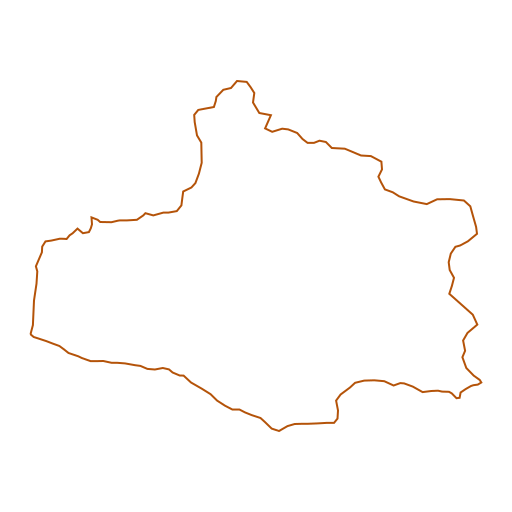 the district of Pissouri, Limassol, Cyprus
{"feature_id": "46923920B91138385914962", "entity_name": "Pissouri", "entity_type": "district", "adm_level": 2, "iso_a3": "CYP", "parent_name": "Cyprus", "parent_adm1": "Limassol", "projection": "natural_earth1", "projection_center": [32.701, 34.673], "detail": "fine", "context": "isolated", "style": "outline", "palette": "amber", "viewbox_px": 512, "rotation_deg": 0, "n_neighbors": 0, "source": "geoboundaries", "source_scale": "gbopen_adm2", "svg_char_len": 2257}
<svg xmlns="http://www.w3.org/2000/svg" viewBox="0 0 512 512"><path d="M30.7,333.5L30.9,334.6L33.7,337.0L38.4,338.5L46.3,341.1L52.8,343.6L59.4,346.0L64.5,349.8L68.5,353.0L78.3,356.3L81.8,358.0L90.5,361.1L98.4,361.1L103.3,361.0L111.6,362.8L117.2,362.8L125.0,363.4L135.1,365.2L140.4,365.9L147.4,368.9L154.9,369.5L162.8,368.0L169.0,369.4L172.6,372.5L179.7,375.5L183.6,375.6L191.0,382.5L201.8,388.7L210.6,394.2L217.1,400.6L225.0,405.7L232.3,409.5L239.4,409.5L245.0,412.4L251.7,415.1L260.5,418.0L264.9,422.0L271.7,428.6L279.0,431.0L287.5,426.1L294.7,424.0L302.0,423.8L307.7,423.8L317.7,423.4L326.2,422.9L334.0,422.9L337.5,418.6L338.0,410.5L336.1,400.6L340.6,394.5L350.0,387.5L355.1,382.8L364.2,380.6L374.3,380.3L384.3,381.2L393.6,385.5L400.3,383.1L404.1,383.4L412.8,386.6L422.6,392.1L431.3,391.0L438.0,390.7L442.1,391.6L449.0,391.8L451.8,393.4L456.5,398.2L459.6,397.8L460.6,392.5L465.6,389.1L471.0,386.0L473.4,385.2L477.8,384.6L481.3,382.5L480.7,381.5L479.8,380.0L473.7,375.6L466.3,368.0L462.4,357.2L465.1,350.8L463.1,340.5L467.5,332.9L477.3,324.6L472.8,314.7L449.3,293.8L451.9,285.9L454.0,277.8L449.7,270.0L448.7,262.2L450.8,253.6L455.4,246.8L460.1,245.5L467.9,241.3L477.0,233.8L476.1,226.9L473.0,216.0L470.3,206.3L465.8,202.2L463.9,200.5L449.7,199.1L437.1,199.3L426.8,204.1L413.6,201.5L399.1,196.3L392.8,192.3L384.9,189.4L381.1,182.4L378.4,176.7L382.0,169.4L381.4,161.7L370.9,156.1L361.0,155.5L344.8,148.7L331.8,148.0L325.9,142.0L319.5,140.7L313.9,142.9L307.6,142.9L302.5,139.0L297.2,133.0L288.2,129.4L282.2,128.7L272.2,131.8L265.1,128.4L270.9,115.2L259.3,113.0L253.0,102.5L254.3,93.0L250.7,87.3L246.7,81.9L237.0,81.0L231.0,88.0L223.3,89.8L216.4,97.0L215.8,101.0L213.9,107.0L198.3,109.9L194.2,114.9L194.7,122.1L197.0,135.4L201.3,142.6L201.7,162.8L198.9,173.7L195.4,183.1L191.4,187.5L183.2,191.5L182.3,198.2L181.4,205.4L176.8,211.1L168.4,212.6L163.4,212.6L153.3,215.4L145.4,213.2L143.3,215.4L136.9,219.8L126.9,220.4L119.8,220.4L117.8,220.7L111.5,222.2L100.2,222.0L97.7,219.8L91.5,217.4L92.0,224.3L90.8,228.3L88.9,232.1L82.9,233.2L77.5,228.6L72.6,233.3L69.6,235.3L66.6,239.0L63.9,238.8L59.9,238.7L51.2,240.6L45.5,241.4L42.2,246.6L41.9,252.3L35.9,266.3L37.3,271.4L36.5,283.7L34.0,300.5L32.9,325.1L30.7,333.5Z" fill="none" stroke="#b45309" stroke-width="2"/></svg>